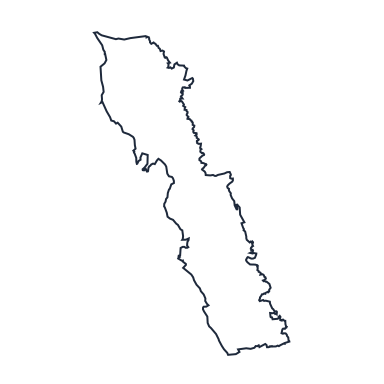 Mitrofani, Vâlcea, Romania (orthographic projection), rotated 357°
{"feature_id": "2599482B9643325604884", "entity_name": "Mitrofani", "entity_type": "district", "adm_level": 2, "iso_a3": "ROU", "parent_name": "Romania", "parent_adm1": "Vâlcea", "projection": "orthographic", "projection_center": [24.201, 44.748], "detail": "fine", "context": "isolated", "style": "outline", "palette": "slate", "viewbox_px": 384, "rotation_deg": 357, "n_neighbors": 0, "source": "geoboundaries", "source_scale": "gbopen_adm2", "svg_char_len": 6066}
<svg xmlns="http://www.w3.org/2000/svg" viewBox="0 0 384 384"><g transform="rotate(357 192 192)"><path d="M272.2,349.6L275.4,348.2L276.5,348.4L276.4,347.8L276.9,347.6L281.4,346.5L281.3,345.9L280.7,345.6L280.5,342.3L279.3,340.6L279.2,339.5L278.1,338.1L276.1,337.9L275.4,338.3L274.0,337.7L275.1,333.9L275.9,333.2L277.6,333.5L278.3,332.4L279.1,332.4L279.5,331.6L279.0,331.4L278.4,328.9L278.4,325.6L277.7,325.6L276.3,324.2L275.1,324.4L274.9,325.1L273.5,324.6L273.6,323.9L273.1,322.9L273.8,321.4L273.1,320.3L272.2,321.1L271.6,322.7L270.9,323.1L265.8,323.3L265.4,321.4L264.2,321.2L263.9,320.8L263.7,316.9L266.4,317.3L267.6,316.9L268.7,318.2L269.9,317.7L270.2,318.2L270.5,316.2L270.1,315.6L268.2,315.5L267.1,313.4L266.0,312.4L264.1,307.6L264.0,305.6L260.0,304.4L258.2,304.5L257.4,303.6L254.0,304.5L253.4,303.5L254.3,301.9L254.4,300.8L255.9,299.0L256.4,297.9L257.7,297.8L258.5,297.2L259.5,297.4L259.4,297.0L262.8,295.5L263.0,296.0L263.9,295.3L264.0,293.6L265.5,291.8L264.5,287.9L261.7,285.4L260.8,285.4L259.6,284.5L258.8,284.8L258.3,284.1L259.4,283.8L261.2,282.4L260.8,280.9L259.9,280.6L259.4,278.9L258.2,277.8L256.0,278.1L256.5,276.9L256.1,276.1L254.4,275.2L254.3,274.2L253.2,273.4L253.7,271.3L253.2,269.9L253.9,269.3L253.4,268.5L251.2,267.8L246.2,267.4L243.6,265.0L242.5,263.3L242.5,262.4L243.8,260.3L244.4,259.9L247.7,261.6L249.4,261.7L251.4,261.0L252.8,257.9L253.0,256.8L250.4,256.2L249.4,256.6L246.9,255.9L249.4,254.9L249.9,253.8L249.5,252.9L248.2,253.1L248.3,252.6L247.7,251.8L248.1,250.6L248.7,250.3L249.1,249.4L250.1,249.1L249.4,247.0L250.3,245.8L250.3,245.3L249.6,244.5L248.8,245.4L248.0,244.6L247.0,245.4L244.2,242.6L243.8,241.0L243.9,239.4L243.0,234.2L241.5,232.9L241.9,231.8L241.2,230.5L239.8,225.8L242.7,225.0L238.9,217.2L238.8,210.0L237.8,208.7L236.8,208.2L237.1,207.8L236.6,207.0L235.7,207.1L235.5,207.8L236.5,211.2L236.2,211.7L235.6,211.6L233.9,207.5L233.7,203.3L231.7,200.5L230.4,196.9L230.7,195.3L229.3,193.2L228.9,191.8L229.1,190.8L227.8,189.8L227.4,188.5L228.0,187.3L229.9,185.6L232.8,183.7L233.5,182.4L233.5,180.7L232.3,180.8L230.9,180.2L230.9,178.0L231.6,177.2L231.7,176.6L230.7,174.0L228.0,174.1L225.4,175.2L218.8,176.3L216.8,177.2L215.6,177.1L213.9,176.1L211.2,176.4L206.6,175.8L206.5,173.8L205.8,172.3L203.2,170.1L203.6,169.3L205.0,168.4L206.2,166.7L207.5,166.0L207.8,165.3L207.3,164.7L206.4,164.7L205.2,163.8L202.9,163.4L202.9,162.4L202.4,161.5L201.1,160.6L201.1,159.2L201.5,158.6L204.4,156.2L205.9,155.7L206.1,155.1L205.5,154.0L204.7,153.5L203.9,153.7L202.4,152.2L202.8,150.0L203.6,149.6L202.4,148.4L203.1,146.4L203.5,144.2L201.2,144.3L199.8,143.5L199.9,142.9L199.5,142.3L199.6,141.2L201.1,140.6L201.5,139.8L199.5,138.1L199.7,137.2L199.4,136.3L198.3,135.8L199.7,134.5L199.6,133.5L196.9,133.0L196.4,132.0L196.9,130.5L195.8,129.3L196.0,128.6L197.5,127.2L197.8,125.8L196.2,125.0L196.4,122.9L195.9,122.4L195.9,121.8L195.2,121.5L195.1,120.6L194.2,120.1L193.6,119.1L191.3,118.7L191.4,118.0L192.4,116.9L190.7,114.9L190.8,114.1L191.6,113.1L191.8,111.9L190.9,111.1L190.8,109.8L188.9,109.5L189.2,107.7L189.7,106.9L187.7,105.5L188.5,104.2L186.8,101.2L185.7,100.4L184.5,101.1L184.1,100.7L185.1,99.8L185.4,99.0L185.0,98.5L185.4,97.9L187.4,98.1L186.0,95.9L187.8,94.3L187.9,92.4L187.4,92.1L186.6,92.4L186.2,91.8L186.8,90.5L187.9,90.9L188.4,90.6L187.7,89.6L187.6,88.3L188.2,87.1L190.3,87.0L190.6,87.7L195.4,87.8L195.4,86.4L194.9,85.4L197.5,83.8L199.1,81.3L198.8,78.8L198.2,78.2L193.3,80.4L189.9,79.3L191.6,75.2L192.8,70.7L193.7,68.5L192.4,68.0L190.8,66.2L190.7,65.4L185.9,64.9L184.3,63.7L183.7,62.1L181.1,63.7L180.4,66.7L178.2,67.7L177.0,66.4L175.5,66.9L174.3,66.5L174.8,66.0L175.3,63.2L174.6,62.2L176.7,61.7L175.1,59.5L173.9,56.4L173.2,56.0L172.3,56.6L171.8,56.2L170.8,52.6L171.4,50.2L169.9,49.2L168.0,49.6L167.3,47.2L166.2,46.4L165.6,44.2L164.5,44.1L163.2,42.0L162.2,41.6L161.5,40.7L159.1,41.9L157.9,40.4L158.0,39.3L157.2,37.4L157.3,36.2L156.8,35.1L156.2,35.2L155.2,34.5L154.6,35.0L154.5,34.3L153.8,33.9L138.5,35.1L132.3,36.2L126.6,34.9L124.0,35.4L110.0,30.8L107.6,29.2L105.8,27.5L102.6,27.9L103.5,29.1L105.4,33.2L110.0,40.8L110.9,45.3L112.2,47.5L112.1,49.7L112.5,49.7L113.4,55.7L111.4,59.0L107.2,62.1L107.3,75.7L108.7,82.3L109.0,87.4L106.9,90.6L107.0,94.7L106.6,96.7L105.6,98.2L107.3,97.5L111.0,107.0L114.1,113.0L115.1,116.4L117.8,117.3L119.7,119.7L121.4,118.9L124.8,123.0L126.1,128.2L127.0,129.0L131.9,131.0L135.9,133.8L136.6,134.8L137.3,136.8L137.4,142.3L137.9,145.8L135.6,147.7L136.5,148.7L136.1,149.6L136.7,150.5L138.1,155.0L138.0,159.0L138.4,161.0L138.8,160.9L140.3,158.2L142.3,157.1L142.3,154.9L144.4,150.8L149.7,152.7L149.0,161.5L146.0,165.0L143.9,166.7L144.0,167.6L145.3,167.9L147.1,166.7L148.0,169.2L148.9,169.2L149.2,168.9L149.8,165.5L150.7,164.1L151.7,163.6L152.7,162.4L154.6,161.6L156.3,162.2L158.6,158.7L160.2,157.1L162.7,158.9L166.5,163.1L167.6,165.3L168.3,172.4L169.8,175.1L172.7,175.9L173.7,177.3L174.5,180.0L174.4,182.1L171.7,183.3L169.9,187.8L169.2,188.2L167.8,191.8L167.2,196.0L165.7,197.7L165.1,200.2L163.7,202.3L163.4,205.0L164.0,205.8L165.7,211.3L166.3,215.4L168.6,217.4L171.6,218.8L174.6,222.8L176.2,224.1L178.5,228.6L180.3,229.8L180.8,235.6L180.3,238.5L179.8,239.2L183.5,239.3L186.3,238.2L186.0,239.9L184.9,241.4L184.5,243.4L184.3,245.3L185.4,246.9L184.5,247.4L182.8,247.4L181.5,246.4L179.9,246.3L177.7,247.3L176.8,255.0L176.3,255.4L175.9,254.8L175.4,254.9L175.2,255.9L175.9,256.4L175.2,256.7L174.7,257.7L178.3,260.1L179.3,260.0L179.2,260.8L179.5,261.3L182.1,263.5L182.1,264.5L179.2,267.3L187.0,274.4L188.7,277.3L189.4,280.2L191.7,284.9L194.8,288.6L195.7,291.6L198.3,294.9L199.8,299.0L199.5,301.5L201.1,304.5L202.5,306.0L200.3,307.2L197.6,307.2L197.0,308.0L196.8,309.6L197.7,311.8L200.8,317.2L200.8,323.6L202.1,327.1L203.9,328.9L208.6,335.1L210.9,340.4L211.1,341.6L213.7,347.2L215.7,350.7L218.8,354.5L219.5,356.5L227.3,356.2L231.0,354.2L229.8,351.6L238.0,350.9L242.4,351.7L246.2,350.8L247.5,349.2L249.1,349.4L250.6,348.6L251.2,350.4L257.2,347.6L258.4,348.7L258.8,350.9L260.2,351.0L261.9,350.6L261.8,350.2L263.6,350.1L263.6,350.5L267.7,350.6L269.6,349.9L270.7,350.5L272.2,349.6Z" fill="none" stroke="#1e293b" stroke-width="2"/></g></svg>